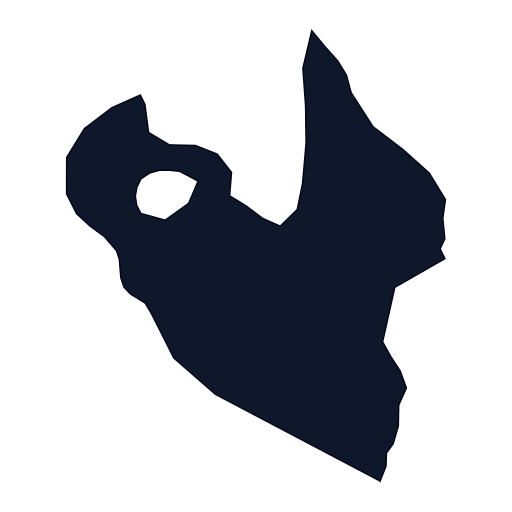 an SVG outline of Gədəbəy
{"feature_id": "AZE-1678", "entity_name": "Gədəbəy", "entity_type": "District", "adm_level": 1, "iso_a3": "AZE", "parent_name": "Azerbaijan", "parent_adm1": "", "projection": "robinson", "projection_center": [45.628, 40.56], "detail": "fine", "context": "isolated", "style": "filled", "palette": "ink", "viewbox_px": 512, "rotation_deg": 0, "n_neighbors": 0, "source": "natural_earth", "source_scale": "10m", "svg_char_len": 983}
<svg xmlns="http://www.w3.org/2000/svg" viewBox="0 0 512 512"><path d="M66.6,178.0L66.7,157.4L84.4,128.6L111.9,107.7L140.3,95.0L144.9,104.4L148.6,132.5L169.3,144.9L195.4,145.5L217.2,154.1L231.5,172.4L229.6,195.8L245.9,205.8L262.7,218.4L280.2,226.2L297.3,209.4L302.6,183.2L306.1,143.1L305.6,105.8L302.9,68.2L311.8,30.7L324.8,46.5L337.8,61.0L346.4,75.1L351.1,92.6L373.0,126.7L402.9,149.5L429.3,173.1L445.4,199.5L442.8,218.5L444.8,238.8L440.1,248.9L444.9,258.6L394.8,287.3L382.6,341.9L390.9,356.8L400.2,371.0L406.4,388.0L398.7,405.1L398.3,426.0L393.2,443.7L386.4,453.1L386.0,466.1L380.0,481.3L379.4,480.7L215.4,394.3L173.8,358.0L151.1,313.0L145.1,303.0L130.6,294.1L124.1,287.3L120.9,278.1L119.3,259.2L116.5,250.7L104.3,236.5L90.1,226.1L76.6,213.7L66.6,193.9L66.6,178.0ZM165.1,220.2L188.6,203.4L198.1,181.1L179.8,171.4L169.7,170.2L159.4,170.3L149.7,173.0L140.9,178.9L136.8,187.4L135.3,196.3L136.7,205.3L140.9,213.5L165.1,220.2Z" fill="#0f172a" stroke="#020617" stroke-width="1.5"/></svg>